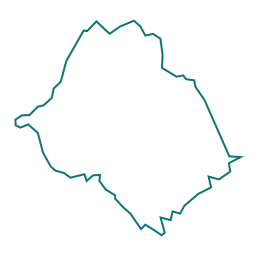 outline of Amherst, Virginia, United States of America
{"feature_id": "52423323B69498607463637", "entity_name": "Amherst", "entity_type": "district", "adm_level": 2, "iso_a3": "USA", "parent_name": "United States of America", "parent_adm1": "Virginia", "projection": "mercator", "projection_center": [-79.163, 37.6], "detail": "fine", "context": "isolated", "style": "outline", "palette": "teal", "viewbox_px": 256, "rotation_deg": 0, "n_neighbors": 0, "source": "geoboundaries", "source_scale": "gbopen_adm2", "svg_char_len": 861}
<svg xmlns="http://www.w3.org/2000/svg" viewBox="0 0 256 256"><path d="M155.0,230.7L161.6,235.3L164.7,232.8L160.6,217.5L170.7,220.1L172.6,211.4L180.1,213.6L184.4,205.7L198.4,193.8L211.1,187.4L208.6,176.6L219.0,179.4L230.2,171.6L228.9,163.1L240.6,157.1L229.3,156.3L204.5,100.0L195.4,86.8L194.3,80.3L186.4,79.3L183.0,75.4L176.5,76.7L162.0,67.9L162.6,54.8L160.4,38.7L153.1,33.9L145.3,35.5L140.5,26.6L134.0,20.7L120.4,26.3L109.6,33.8L96.4,21.4L87.2,31.1L83.7,30.5L66.4,60.8L60.8,81.6L53.6,88.7L51.8,97.8L43.7,105.3L37.8,106.7L29.4,115.1L22.2,115.3L15.4,119.6L15.7,125.4L20.4,127.6L28.2,124.4L37.8,132.9L43.0,152.6L50.8,166.6L55.2,170.5L64.2,173.1L70.5,177.7L84.5,174.2L86.6,181.0L93.1,175.3L100.0,175.0L99.4,181.0L105.6,189.4L115.1,195.3L115.2,198.7L122.9,207.0L130.6,213.9L141.0,229.1L145.3,224.7L155.0,230.7Z" fill="none" stroke="#0f766e" stroke-width="2"/></svg>